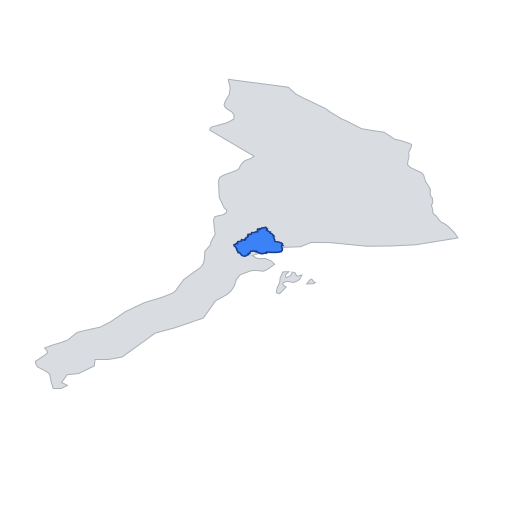 Foro, Semenawi Keyih Bahri, Eritrea (highlighted), rotated 102°
{"feature_id": "51966322B48521373855800", "entity_name": "Foro", "entity_type": "district", "adm_level": 2, "iso_a3": "ERI", "parent_name": "Eritrea", "parent_adm1": "Semenawi Keyih Bahri", "projection": "equal_earth", "projection_center": [39.538, 15.185], "detail": "fine", "context": "in_parent", "style": "filled", "palette": "blue", "viewbox_px": 512, "rotation_deg": 102, "n_neighbors": 0, "source": "geoboundaries", "source_scale": "gbopen_adm2", "svg_char_len": 7103}
<svg xmlns="http://www.w3.org/2000/svg" viewBox="0 0 512 512"><g transform="rotate(102 256 256)"><path d="M88.9,319.7L87.4,299.9L86.3,286.6L85.2,272.6L84.2,259.4L89.1,251.2L91.4,243.5L97.3,218.5L99.7,213.5L104.3,200.1L104.9,196.2L109.5,179.3L109.1,168.1L108.3,156.7L110.8,150.0L113.0,144.7L112.9,140.1L113.9,129.6L114.6,127.0L117.3,126.8L122.8,128.2L126.8,127.1L131.5,127.1L135.1,126.8L137.3,123.5L140.2,111.3L142.1,108.8L143.6,108.0L147.7,105.8L151.3,102.2L154.1,99.6L155.2,99.1L158.3,98.8L161.3,97.3L162.7,95.5L166.5,94.2L170.3,94.9L172.8,93.4L174.5,92.4L176.4,92.4L178.2,90.9L178.9,88.8L180.0,87.4L183.0,84.2L184.3,81.9L184.9,79.6L185.5,77.7L186.8,74.6L191.9,66.8L196.3,62.2L211.7,101.7L217.9,125.1L223.4,149.6L227.5,186.3L231.3,205.1L237.7,214.3L242.0,231.8L245.7,232.5L248.3,237.3L252.9,253.7L256.3,259.9L258.0,254.6L257.8,251.6L256.5,246.5L257.7,240.0L260.2,236.1L266.1,241.4L269.3,245.4L270.2,253.5L271.5,258.0L277.7,267.5L282.9,270.3L289.6,270.9L295.2,273.0L299.8,276.5L308.2,286.2L327.6,294.6L343.2,320.6L352.4,338.6L382.7,366.0L388.0,379.1L390.7,391.9L397.1,391.3L408.0,405.3L411.3,416.0L420.2,419.9L421.7,413.6L426.0,418.8L427.8,426.8L422.1,430.0L415.8,432.8L414.9,432.7L412.8,436.4L409.9,446.6L406.6,449.5L404.9,449.8L395.0,440.3L393.5,439.8L391.4,441.6L389.9,443.6L385.3,436.4L381.9,430.0L377.2,422.4L372.7,419.0L367.8,414.8L363.0,404.8L358.1,393.9L350.9,384.9L337.4,372.0L325.0,355.7L315.5,338.6L309.4,329.7L306.8,327.5L294.2,321.9L285.4,314.1L278.6,307.7L274.5,306.0L270.5,305.8L261.9,307.0L254.8,303.0L251.8,303.0L247.0,301.8L243.3,300.4L238.9,302.1L229.8,305.0L226.1,304.4L224.1,300.4L222.9,297.3L219.8,294.1L217.2,294.1L215.8,296.9L206.3,304.2L190.5,308.2L186.8,307.9L184.0,305.0L176.1,292.6L173.8,290.6L172.0,290.4L168.3,289.0L164.9,286.6L161.8,281.5L158.8,278.6L155.5,288.6L149.7,305.9L146.6,315.2L142.6,327.2L141.4,327.5L139.3,326.7L131.5,311.7L126.6,306.1L122.9,306.7L120.2,309.4L118.4,314.4L116.6,317.5L114.6,318.7L110.3,318.1L103.7,315.7L96.9,316.2L89.8,319.6L88.9,319.7ZM274.4,220.5L276.5,224.2L278.0,223.8L279.2,222.6L280.0,220.0L288.1,225.1L287.6,228.5L282.8,228.7L277.2,227.3L272.1,227.8L265.9,226.3L264.5,220.5L268.4,223.3L270.5,222.6L270.8,221.9L268.0,218.0L264.1,217.2L264.4,214.1L266.1,212.9L267.2,211.4L265.0,207.2L269.4,208.2L272.1,210.7L274.0,213.7L274.4,220.5ZM271.1,194.0L272.8,200.6L267.8,198.1L267.0,196.7L269.2,194.1L269.6,192.5L271.1,194.0Z" fill="#d9dde1" stroke="#a8b0b8" stroke-width="1"/><path d="M242.9,273.5L243.3,273.7L243.6,273.5L243.8,273.5L244.3,273.6L244.7,273.9L244.8,274.2L245.0,274.4L245.1,274.6L245.3,275.7L245.4,276.1L245.9,277.0L246.5,277.1L246.9,277.2L247.3,277.1L247.6,276.5L247.8,276.5L247.9,276.9L247.9,277.1L247.6,277.4L248.5,278.5L249.0,278.8L249.1,279.1L249.4,279.6L249.5,279.9L249.9,279.9L250.4,279.5L250.5,279.4L250.8,279.3L251.1,278.5L251.5,277.8L252.1,277.3L252.4,277.0L253.0,276.7L253.1,276.2L253.5,276.2L253.9,275.9L254.1,276.0L254.4,275.7L254.6,275.7L255.0,275.2L255.3,274.9L255.6,274.5L255.6,274.4L255.8,274.4L256.0,274.5L256.3,274.3L256.2,273.9L256.4,273.8L256.3,273.6L256.3,273.1L256.5,272.8L256.5,272.2L256.7,271.9L257.2,271.4L257.5,271.2L257.8,270.8L258.1,270.4L258.3,269.8L258.6,269.0L258.6,268.5L258.6,267.7L258.5,267.0L258.3,266.3L258.1,265.9L257.9,265.8L257.0,264.9L256.5,264.0L256.3,264.0L256.3,263.9L256.2,263.7L256.1,263.8L256.1,264.1L255.9,264.2L255.7,264.3L255.3,264.2L255.2,264.1L255.1,263.9L255.1,263.6L254.9,263.0L254.7,262.8L254.7,262.6L254.4,262.5L254.2,262.5L253.7,262.6L253.4,262.6L253.2,262.6L252.8,262.4L252.6,262.3L252.4,262.0L252.3,261.5L252.3,261.1L252.2,260.8L252.0,260.4L251.9,260.3L251.7,260.1L251.5,259.6L251.7,259.2L251.7,258.2L251.8,257.8L251.7,257.7L251.8,257.7L251.7,257.7L251.8,257.5L251.9,257.4L251.9,257.2L251.7,257.1L251.7,257.3L251.7,257.2L251.8,257.0L251.8,256.9L251.7,256.8L251.8,256.8L251.8,256.6L251.7,256.6L251.9,256.5L251.9,256.4L251.7,256.1L251.8,256.0L251.8,255.9L251.8,255.6L252.0,255.6L252.0,255.4L252.1,255.2L252.1,254.9L252.2,254.6L252.2,254.3L252.2,254.1L252.3,254.1L252.3,253.9L252.3,253.7L252.3,253.3L252.4,253.2L252.4,252.8L252.4,252.6L252.5,252.6L252.6,252.1L252.7,251.9L252.6,251.7L252.7,251.4L252.5,251.0L252.6,250.6L252.6,250.4L252.2,249.9L252.1,249.3L251.9,249.1L251.7,248.8L251.6,248.7L251.5,248.4L251.5,248.0L251.3,247.9L251.2,247.6L251.3,247.1L250.8,246.9L250.3,246.4L250.2,246.5L250.3,246.4L250.1,246.4L250.2,246.2L250.2,245.9L249.8,245.5L249.8,245.2L249.7,244.9L249.7,244.6L249.5,244.1L249.5,243.9L249.5,243.2L249.3,242.5L249.2,242.1L249.3,241.6L249.2,241.4L249.1,241.2L249.1,240.7L248.8,239.6L248.7,239.1L248.6,238.6L248.6,238.3L248.6,238.5L248.6,238.1L248.4,237.6L248.4,237.3L247.9,236.0L247.9,235.5L247.5,234.8L247.5,234.4L247.0,233.7L246.8,233.6L246.7,233.4L246.7,233.1L246.8,232.9L246.8,232.7L246.4,232.6L246.3,232.4L246.3,232.2L245.8,232.1L245.3,231.6L245.0,231.5L243.6,231.5L243.1,231.9L243.0,232.1L242.1,232.5L241.7,232.9L241.3,233.0L241.1,233.0L240.8,233.0L240.7,232.8L240.4,232.6L240.1,232.5L239.9,232.5L239.9,232.4L239.7,232.7L239.0,233.1L238.6,233.0L238.5,232.8L238.2,233.3L238.0,233.8L237.9,234.8L237.6,236.2L237.7,236.9L237.7,238.1L237.8,238.9L237.9,239.2L237.7,240.2L237.4,240.8L237.0,241.0L236.9,241.1L236.5,241.2L236.2,241.1L236.0,241.3L235.7,241.5L235.3,241.9L234.5,242.1L234.3,242.4L233.7,242.6L233.3,243.0L232.9,243.0L232.5,243.6L232.2,243.7L232.2,243.3L232.2,243.2L231.7,243.9L231.4,244.5L231.0,245.1L230.7,245.8L230.7,246.4L230.7,246.7L230.7,246.9L230.5,247.0L230.0,247.2L229.6,247.1L229.7,247.5L229.7,247.9L229.3,248.7L229.3,249.0L229.2,249.3L228.9,249.8L228.7,249.8L228.6,250.2L228.6,250.3L228.6,250.5L228.4,250.6L228.5,250.6L228.4,251.0L228.3,250.9L228.2,251.0L228.1,250.9L228.1,250.7L227.7,250.6L227.8,250.8L227.6,250.8L227.7,251.0L227.1,251.1L226.9,251.4L226.7,251.3L226.3,251.6L226.3,252.0L226.1,252.2L225.9,252.2L225.7,252.0L226.0,252.9L226.4,253.4L226.5,253.6L226.7,254.3L226.9,254.5L227.0,254.8L227.3,256.1L227.5,256.5L228.0,256.6L228.4,257.1L228.6,257.3L228.9,257.4L229.0,257.8L228.8,257.9L228.7,257.8L228.6,258.3L228.9,258.3L229.0,258.2L229.1,258.3L229.2,258.2L229.2,258.3L229.3,258.4L229.1,258.9L228.9,258.8L228.9,259.0L229.2,259.4L229.2,259.6L229.4,259.9L229.4,260.0L229.7,260.1L229.8,260.1L230.1,260.0L230.3,260.2L230.8,259.7L231.1,259.7L231.5,259.6L231.8,259.5L231.9,259.3L232.0,259.3L232.1,259.5L232.3,260.5L232.5,261.6L232.8,261.9L233.0,262.0L233.3,262.1L233.6,262.9L233.6,263.2L233.7,264.0L233.8,264.2L233.8,264.3L234.0,265.0L234.2,264.9L234.5,265.0L234.8,265.2L235.0,265.4L235.3,265.3L235.7,265.2L235.9,265.3L236.0,265.6L236.1,266.6L236.0,266.8L236.3,267.1L236.3,267.5L236.4,267.9L236.4,268.1L236.5,268.3L236.8,268.0L237.0,268.0L237.1,267.8L237.4,267.9L237.5,268.1L237.7,268.3L237.8,268.1L237.9,267.8L238.3,267.7L238.6,267.9L238.8,268.2L239.0,268.2L239.3,268.3L240.0,269.4L240.4,269.7L240.8,269.8L241.1,270.2L241.6,270.3L241.7,270.2L241.8,270.1L241.8,269.7L242.0,269.5L242.4,269.6L242.5,269.7L242.9,270.4L242.9,270.5L242.8,270.9L243.0,271.2L243.0,271.4L242.8,271.4L243.0,271.8L243.1,272.0L243.0,272.4L243.1,272.6L243.0,272.9L243.1,273.1L242.9,273.5L242.9,273.5Z" fill="#3b82f6" stroke="#1e3a8a" stroke-width="1.5"/></g></svg>